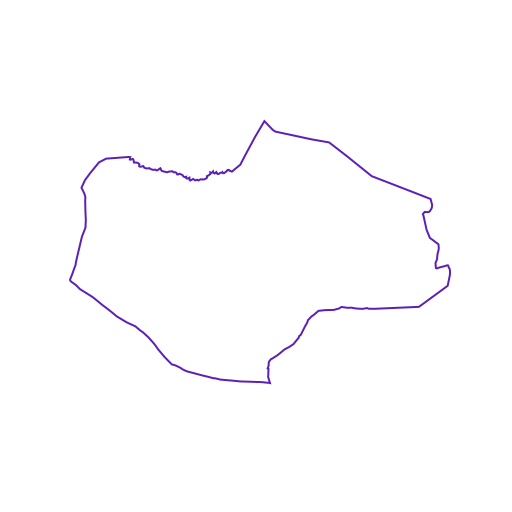 the district of San Pablo Tijaltepec, Oaxaca, Mexico, rotated 294°
{"feature_id": "50627088B89974538637092", "entity_name": "San Pablo Tijaltepec", "entity_type": "district", "adm_level": 2, "iso_a3": "MEX", "parent_name": "Mexico", "parent_adm1": "Oaxaca", "projection": "mercator", "projection_center": [-97.471, 17.005], "detail": "fine", "context": "isolated", "style": "outline", "palette": "violet", "viewbox_px": 512, "rotation_deg": 294, "n_neighbors": 0, "source": "geoboundaries", "source_scale": "gbopen_adm2", "svg_char_len": 3513}
<svg xmlns="http://www.w3.org/2000/svg" viewBox="0 0 512 512"><g transform="rotate(294 256 256)"><path d="M122.7,223.3L122.9,224.4L123.2,225.8L123.3,227.3L123.1,232.2L123.0,233.0L122.6,235.0L122.5,239.1L122.6,240.2L123.2,244.0L123.7,246.9L124.2,250.1L125.0,255.2L126.1,261.0L127.1,267.3L127.6,268.1L128.7,274.0L132.7,285.6L135.0,292.6L139.1,302.6L141.0,307.4L142.6,311.2L143.0,312.3L144.2,315.9L145.3,319.2L145.6,320.5L150.4,316.3L152.0,315.7L158.0,313.3L158.0,312.4L161.1,312.1L163.0,311.3L164.3,310.9L164.8,310.9L165.6,311.1L167.6,311.5L169.1,312.7L170.5,313.6L172.2,314.7L173.4,315.6L178.2,318.1L182.0,319.9L186.5,323.4L191.0,326.2L193.2,326.7L195.3,327.3L197.5,327.9L198.2,328.2L199.0,328.2L199.7,328.0L200.4,328.0L202.0,328.9L202.3,329.0L211.8,329.4L215.2,329.8L216.2,329.8L217.1,329.8L218.4,329.5L221.9,330.8L223.5,331.3L224.9,332.3L231.3,335.4L234.3,340.5L235.8,343.5L237.1,346.3L238.4,349.0L240.3,351.3L241.8,353.2L244.2,354.8L246.0,361.0L247.6,364.1L248.5,368.0L250.0,372.2L251.3,375.3L252.5,377.0L253.6,378.6L253.6,380.2L255.8,385.4L275.8,425.5L306.7,443.2L315.5,441.3L318.4,440.6L321.8,439.0L322.9,438.2L323.9,436.8L325.5,435.4L325.3,434.5L324.0,433.1L319.5,427.5L318.2,426.3L318.2,425.2L321.0,423.7L322.7,422.8L326.9,422.7L327.7,422.3L331.4,421.1L336.4,420.2L338.7,419.2L340.9,417.9L343.3,407.4L349.3,401.2L361.6,392.1L362.1,391.4L363.7,391.8L364.9,392.2L365.4,393.7L365.6,394.1L366.0,395.2L366.5,395.9L367.0,396.3L367.5,396.5L369.1,396.8L370.5,397.0L371.9,396.9L372.8,396.6L374.2,396.2L379.1,392.3L376.0,329.3L384.0,299.1L389.5,276.6L385.3,259.9L377.7,224.0L377.5,223.3L378.0,220.1L382.6,208.8L364.3,206.7L342.8,205.1L332.8,204.5L332.0,204.0L326.6,201.3L323.3,199.7L323.4,199.3L323.3,198.7L323.2,198.0L323.1,197.1L323.6,196.7L323.4,195.6L323.0,195.0L322.2,194.9L321.4,194.6L318.6,193.1L318.3,192.2L318.8,191.6L319.0,191.2L318.3,191.1L317.7,189.9L317.1,189.3L315.8,188.6L315.4,187.8L315.5,186.7L316.1,186.4L316.6,185.6L314.6,184.7L314.6,183.5L315.8,182.4L314.8,182.2L313.8,181.4L313.8,180.2L312.4,181.0L309.8,179.5L309.3,178.8L308.9,178.7L308.1,179.1L307.6,179.4L307.3,179.3L306.1,178.6L304.8,177.4L304.1,175.7L303.7,174.9L303.7,174.5L303.4,174.1L302.1,173.1L301.6,172.7L301.8,171.3L300.4,169.8L300.8,167.2L299.6,166.4L298.2,165.2L298.5,164.4L300.5,163.3L299.1,162.2L298.7,161.7L298.7,161.0L298.8,160.4L300.0,160.0L299.1,158.8L299.0,158.0L299.3,157.1L300.1,155.9L300.0,152.5L298.7,151.6L298.5,150.6L298.7,150.4L299.6,149.5L299.7,148.4L299.6,147.9L299.0,147.0L299.4,145.1L298.7,144.0L297.9,142.4L296.3,140.7L295.4,135.7L295.8,134.6L296.2,134.1L297.1,133.3L297.3,132.9L294.4,131.2L294.0,130.7L293.7,130.1L294.0,129.0L292.9,127.1L292.5,124.2L292.9,122.9L291.4,120.4L291.2,118.0L292.3,116.5L290.5,114.1L290.4,113.4L290.5,112.7L291.7,112.3L292.4,112.2L292.9,110.9L292.7,108.5L291.7,106.6L291.9,106.3L293.5,105.4L294.1,104.8L294.6,104.1L294.4,103.8L293.8,103.2L292.8,101.9L292.8,101.5L294.1,101.3L294.5,100.8L294.8,100.3L295.0,100.4L294.8,99.6L287.9,86.8L285.1,81.6L284.0,79.5L282.5,78.3L277.6,74.4L277.0,74.3L264.3,70.8L255.6,68.9L247.4,68.8L243.2,73.8L240.5,76.1L236.5,77.7L227.2,82.1L220.1,85.7L212.5,88.7L203.0,89.1L186.4,92.2L177.2,94.0L174.5,94.8L170.5,95.0L165.1,95.5L159.1,95.7L158.3,96.0L157.5,97.1L156.2,103.4L154.2,108.4L153.7,111.7L152.0,123.6L151.1,127.1L148.7,135.7L147.9,139.4L146.4,145.5L144.2,153.4L142.8,164.9L142.7,170.7L142.7,174.4L140.9,180.4L140.4,183.4L137.9,190.9L134.9,197.5L134.1,199.2L130.7,205.0L126.4,213.9L122.7,223.3Z" fill="none" stroke="#5b21b6" stroke-width="2"/></g></svg>